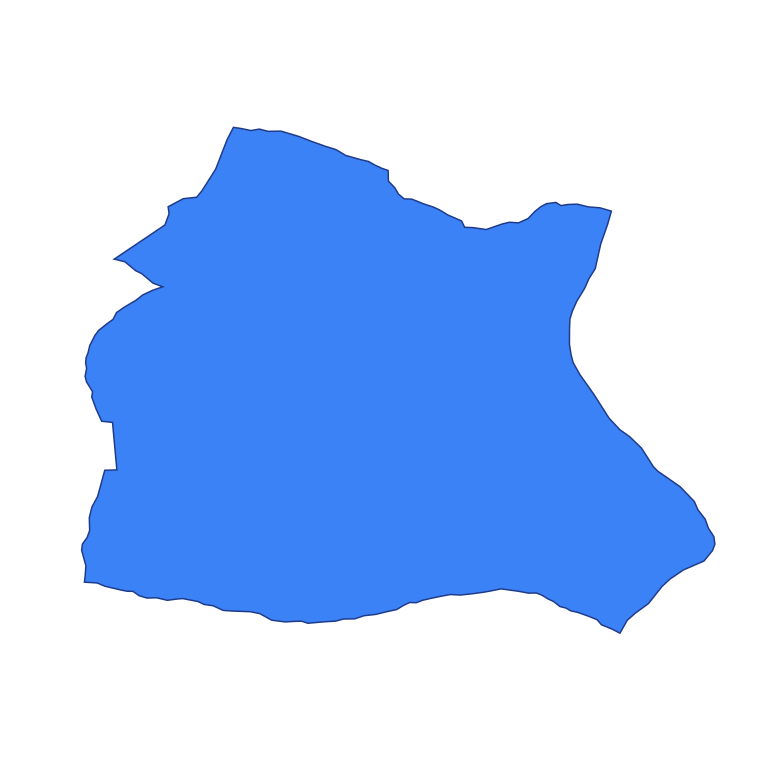 outline of Terra Rica, Paraná, Brazil, rotated 85°
{"feature_id": "56859067B82246536000747", "entity_name": "Terra Rica", "entity_type": "district", "adm_level": 2, "iso_a3": "BRA", "parent_name": "Brazil", "parent_adm1": "Paraná", "projection": "natural_earth1", "projection_center": [-52.68, -22.72], "detail": "fine", "context": "isolated", "style": "filled", "palette": "blue", "viewbox_px": 768, "rotation_deg": 85, "n_neighbors": 0, "source": "geoboundaries", "source_scale": "gbopen_adm2", "svg_char_len": 2381}
<svg xmlns="http://www.w3.org/2000/svg" viewBox="0 0 768 768"><g transform="rotate(85 384 384)"><path d="M263.4,155.9L244.9,147.5L236.3,144.2L231.6,142.4L227.3,153.5L225.4,164.9L221.7,175.7L221.2,185.1L221.7,192.1L218.1,197.0L218.5,206.4L221.1,212.4L225.2,218.6L231.7,226.0L235.2,235.9L233.8,245.0L234.9,252.3L239.0,268.7L236.0,281.6L234.9,290.0L228.3,292.5L221.1,305.8L215.2,313.8L211.8,319.9L208.3,328.2L202.3,340.1L201.3,347.8L196.1,353.0L189.4,356.2L182.3,361.9L171.6,361.3L168.9,367.4L165.1,374.0L161.0,380.0L158.1,388.8L152.9,402.3L146.2,411.6L142.2,421.5L136.2,434.6L130.0,447.2L123.1,464.6L122.2,477.5L119.2,485.9L119.9,494.5L117.1,503.8L115.2,511.6L126.9,519.0L155.2,532.9L175.4,548.3L181.6,554.3L181.9,567.8L188.6,583.6L195.8,583.3L206.5,588.4L236.1,641.9L239.6,631.5L249.5,621.5L252.8,615.9L263.5,605.2L267.9,595.9L270.3,605.8L274.3,616.7L279.0,623.9L284.8,636.0L289.5,644.2L296.0,648.3L299.7,654.5L305.6,663.4L310.2,667.6L320.1,673.8L326.9,676.0L332.0,678.5L337.0,679.4L342.5,678.9L350.4,681.1L356.1,680.1L366.3,675.0L371.4,676.3L383.8,673.0L396.5,668.5L398.6,657.8L446.3,657.6L445.6,669.7L471.1,679.1L481.1,685.7L491.4,689.2L504.3,690.0L511.0,693.1L517.2,698.4L523.2,699.7L539.1,696.8L549.0,698.4L555.3,699.7L557.2,687.2L561.2,679.5L566.4,663.7L568.0,658.2L568.7,652.2L573.6,646.3L576.6,638.7L577.1,629.3L580.6,618.7L580.2,610.0L580.2,603.3L584.5,588.2L587.9,582.6L590.0,573.6L595.5,564.0L596.9,555.3L599.2,536.9L602.0,527.6L609.5,516.5L612.4,503.2L612.7,493.5L613.1,486.8L615.7,480.7L615.7,464.3L616.0,452.7L614.6,445.0L615.4,433.7L613.1,424.1L612.8,412.2L611.1,401.3L609.8,391.0L606.4,384.2L603.9,377.5L604.7,371.0L602.8,364.3L601.7,356.5L600.4,345.5L599.5,336.2L600.9,326.3L600.6,312.8L600.1,302.9L599.5,296.1L598.3,285.1L602.3,267.7L604.9,258.4L605.5,250.4L608.0,245.3L612.3,239.5L615.5,234.0L621.1,228.0L623.0,222.4L626.3,217.6L628.3,211.2L632.5,201.9L637.4,192.2L642.8,188.4L648.1,178.1L652.8,170.7L640.6,162.3L634.2,153.6L625.8,139.7L609.9,124.7L603.1,115.9L595.3,101.9L588.2,80.6L578.6,71.3L572.4,68.3L564.8,68.7L555.9,73.4L546.7,75.8L536.8,82.2L528.1,85.1L512.2,97.9L494.7,118.9L489.8,122.9L470.4,133.0L458.2,143.6L450.1,153.0L437.8,162.7L412.7,175.8L391.4,188.2L379.2,193.7L371.2,195.1L360.6,195.8L345.5,194.4L335.5,193.1L327.8,190.0L318.3,184.7L305.8,175.5L297.0,170.7L287.5,163.5L263.4,155.9Z" fill="#3b82f6" stroke="#1e3a8a" stroke-width="1.5"/></g></svg>